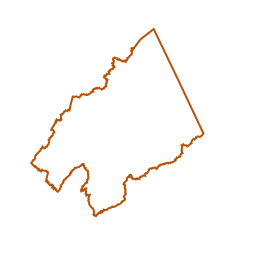 the district of Snowy Monaro, New South Wales, Australia, rotated 218°
{"feature_id": "25037944B85069153423068", "entity_name": "Snowy Monaro", "entity_type": "district", "adm_level": 2, "iso_a3": "AUS", "parent_name": "Australia", "parent_adm1": "New South Wales", "projection": "natural_earth1", "projection_center": [149.043, -36.421], "detail": "fine", "context": "isolated", "style": "outline", "palette": "amber", "viewbox_px": 256, "rotation_deg": 218, "n_neighbors": 0, "source": "geoboundaries", "source_scale": "gbopen_adm2", "svg_char_len": 5712}
<svg xmlns="http://www.w3.org/2000/svg" viewBox="0 0 256 256"><g transform="rotate(218 128 128)"><path d="M189.2,97.0L186.0,94.0L186.1,93.6L185.6,93.1L185.8,92.7L186.5,92.9L186.4,91.9L187.4,91.9L188.0,90.8L189.0,90.8L188.8,90.5L189.3,90.1L188.6,89.2L189.1,88.7L188.1,87.9L188.5,87.1L187.8,83.2L187.8,80.6L187.3,79.3L185.6,80.3L184.3,79.7L184.0,79.1L183.5,79.1L183.7,78.4L183.4,76.6L182.8,75.8L182.8,75.2L183.3,74.4L183.1,73.7L183.4,73.3L183.1,72.7L183.6,71.7L182.7,70.4L183.1,69.6L182.2,69.3L181.5,68.6L180.5,65.7L180.9,64.7L180.5,64.2L180.6,63.6L180.4,63.3L181.4,62.3L181.5,61.6L181.1,61.0L181.5,60.4L182.4,60.1L183.9,60.5L183.4,58.6L183.9,57.8L183.3,57.0L183.2,56.0L183.6,54.7L183.4,53.2L183.8,51.8L183.9,49.5L183.2,47.7L182.7,47.2L182.2,45.4L183.0,44.6L182.6,40.8L177.7,40.0L177.6,40.9L174.8,40.1L174.7,40.6L173.2,40.9L172.8,40.7L172.9,40.4L171.9,40.2L172.0,39.8L171.4,40.1L171.5,40.3L170.2,40.1L169.9,40.3L170.3,40.8L169.9,40.9L170.0,41.9L169.7,41.7L165.5,44.0L163.9,43.8L164.0,43.2L163.3,43.1L160.6,37.0L159.6,36.9L159.8,35.6L157.9,35.6L157.8,36.3L157.2,36.3L157.3,35.4L154.5,34.9L154.3,35.5L153.5,35.4L153.3,36.6L152.5,36.6L151.6,36.5L151.3,35.3L151.1,35.7L150.6,35.6L150.6,34.9L150.1,34.8L150.1,34.4L149.2,34.2L149.6,35.7L148.1,35.6L148.1,35.1L146.9,34.9L146.7,35.1L146.6,34.7L144.4,34.4L143.8,35.0L143.9,37.4L144.4,38.1L144.7,40.9L145.4,41.0L145.6,41.8L145.4,45.4L146.2,46.0L146.1,46.6L146.6,47.3L145.7,49.3L146.1,50.4L145.7,50.9L145.8,51.7L144.9,55.0L145.2,55.6L145.0,55.9L145.5,56.3L145.2,57.4L145.8,57.7L145.5,58.6L145.9,59.2L145.6,59.7L145.8,60.5L145.4,60.8L145.2,61.5L145.1,62.8L145.4,63.9L144.4,64.4L143.5,66.1L142.6,67.2L142.2,68.7L142.3,69.0L141.4,70.2L141.9,70.8L141.7,71.5L141.0,72.3L139.8,71.2L139.2,71.3L138.8,70.6L137.9,69.9L136.7,70.3L136.6,69.6L134.6,69.1L133.3,69.6L131.4,67.3L130.7,66.9L130.5,66.4L129.6,65.6L129.6,65.2L128.6,64.7L128.1,62.7L128.4,62.1L127.6,61.6L127.5,60.8L126.6,59.9L127.6,58.2L127.3,55.7L128.1,54.1L127.7,53.4L127.2,53.4L126.7,51.8L127.1,50.8L126.4,49.7L125.8,49.3L125.3,50.1L124.9,51.1L124.5,51.4L124.8,52.0L124.3,53.3L124.4,54.1L123.8,54.5L123.8,53.6L122.0,52.3L120.8,50.0L119.9,49.9L119.2,49.2L118.7,50.5L118.2,50.3L117.1,51.7L115.8,48.0L114.9,47.6L114.5,46.2L113.4,45.9L111.5,44.0L107.7,42.8L106.5,43.2L104.8,42.4L103.8,41.6L103.4,40.9L102.9,40.8L101.9,39.2L102.0,38.6L101.3,38.2L99.0,38.8L98.9,39.5L99.5,40.2L99.0,40.9L99.0,42.1L98.7,42.4L99.0,43.3L98.6,43.7L98.4,43.4L97.7,43.8L98.1,44.0L97.7,44.6L98.1,45.3L96.9,45.6L97.8,46.3L97.4,46.8L96.9,46.5L96.7,46.9L96.6,46.7L96.4,46.8L96.2,47.5L96.5,48.4L96.2,48.3L96.0,49.2L94.3,50.3L93.9,52.4L93.2,53.8L92.4,54.6L92.1,56.4L91.2,56.5L89.9,58.1L89.0,60.5L89.1,61.4L88.2,62.0L87.5,63.3L87.4,64.8L87.0,65.4L87.3,65.7L87.4,66.8L86.9,67.0L86.2,69.8L87.0,70.6L88.4,70.8L89.2,71.6L89.0,74.6L89.4,75.0L90.3,75.1L90.7,76.1L91.3,76.5L91.6,77.6L93.1,78.1L93.3,79.0L94.3,79.4L95.0,80.3L94.8,80.9L94.9,81.1L96.8,81.0L97.1,81.3L97.3,81.7L97.0,82.9L97.2,83.6L96.6,85.7L98.1,88.4L97.6,89.6L96.6,90.3L97.6,91.0L97.8,91.7L97.3,92.8L96.5,92.9L94.7,91.8L94.1,90.9L93.8,91.2L93.0,90.9L91.0,92.3L90.6,92.1L90.2,92.3L89.7,93.0L89.9,93.8L89.2,94.4L88.2,94.3L87.6,95.2L88.0,95.7L87.9,96.6L88.3,97.3L87.6,97.7L86.5,100.3L85.3,100.8L86.1,101.3L86.3,101.9L86.0,103.6L85.2,103.8L85.1,104.5L85.3,107.2L86.0,107.9L85.6,109.7L85.1,110.4L84.3,110.5L83.7,112.1L83.3,112.2L82.5,113.5L80.4,113.2L80.0,114.5L80.6,115.3L80.3,116.3L80.5,117.3L80.0,117.4L79.8,117.9L79.9,119.0L79.0,119.1L78.6,120.9L78.0,121.1L77.7,122.2L77.2,122.5L76.8,122.3L76.5,123.8L75.7,124.2L75.2,124.9L74.5,124.9L74.2,126.0L73.3,126.9L72.8,126.7L72.7,127.5L72.1,128.1L70.6,131.5L70.6,132.0L71.5,132.3L71.1,133.6L71.3,134.8L70.7,134.8L70.1,136.6L70.2,136.9L69.5,137.1L69.2,137.9L70.4,139.9L69.5,141.7L71.2,142.3L71.4,143.4L72.0,143.6L72.8,144.5L73.7,146.6L75.0,147.5L74.2,148.0L74.4,149.2L73.1,149.0L71.6,150.1L70.1,149.9L69.5,150.8L69.1,153.6L68.5,155.1L69.2,155.5L69.7,157.2L69.9,158.2L69.6,159.8L68.5,159.8L68.2,161.7L68.7,162.5L68.0,163.5L67.9,164.3L65.7,165.2L65.7,166.2L65.2,167.2L65.1,170.1L118.7,197.1L168.7,221.8L172.8,205.4L172.5,194.8L174.3,193.2L174.2,192.6L172.2,192.7L172.4,191.7L172.1,190.8L172.6,190.5L171.0,189.8L170.9,188.7L170.4,187.9L171.0,186.2L171.1,183.5L171.6,182.9L170.8,182.0L171.1,181.0L170.7,180.6L171.1,180.3L170.9,180.0L171.1,179.1L170.6,178.6L171.4,178.3L172.7,178.6L173.3,177.2L173.9,177.4L174.1,177.0L175.0,176.7L177.0,177.0L177.0,176.2L178.2,175.6L179.0,176.3L179.6,176.1L179.6,175.6L181.9,175.3L181.9,174.7L182.6,173.7L181.9,172.6L180.3,172.4L179.9,171.3L180.5,169.8L180.3,169.1L179.2,169.6L178.6,168.0L178.1,168.4L176.4,168.1L176.1,167.6L176.1,167.3L176.9,166.7L176.1,165.4L177.9,163.3L177.8,162.5L177.4,162.4L177.3,161.5L178.0,161.0L178.0,160.4L177.1,160.2L176.7,159.5L176.2,159.2L176.9,158.9L177.2,157.9L177.9,157.7L177.6,156.6L177.9,156.0L177.5,155.7L178.0,154.9L178.5,154.8L178.2,154.3L178.5,154.2L178.1,153.7L178.2,153.2L177.5,153.1L176.3,153.4L175.7,153.0L174.0,153.6L173.6,152.7L174.0,152.2L173.8,151.7L172.5,150.6L172.8,149.9L172.2,148.4L170.8,147.4L171.5,146.5L171.7,145.3L171.4,145.3L171.3,144.0L172.4,142.8L172.4,142.2L173.2,142.4L175.1,141.6L175.6,141.9L175.7,141.4L176.3,141.0L176.5,140.1L177.0,139.9L177.7,140.1L178.2,139.0L178.1,138.2L178.8,137.9L179.1,137.3L178.8,135.3L177.8,135.2L178.5,134.4L178.5,133.9L179.4,133.2L178.9,132.6L179.0,131.9L180.3,129.0L180.8,128.6L181.4,128.9L181.6,128.4L182.8,127.6L184.0,127.4L184.4,126.2L185.5,125.6L185.6,124.8L185.0,124.3L185.2,121.9L188.0,121.2L189.7,119.3L190.6,119.1L190.9,118.8L187.5,110.8L185.0,106.1L186.0,106.1L186.4,105.4L186.0,104.1L188.0,103.6L188.0,102.0L188.4,101.4L188.0,99.4L188.3,99.2L188.4,98.0L188.9,97.9L189.2,97.0Z" fill="none" stroke="#b45309" stroke-width="2"/></g></svg>